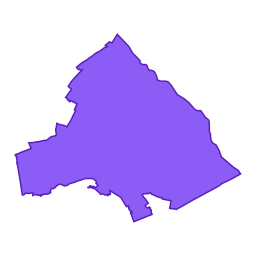 Timisesti, Iasi, Romania
{"feature_id": "2599482B14800869751050", "entity_name": "Timisesti", "entity_type": "district", "adm_level": 2, "iso_a3": "ROU", "parent_name": "Romania", "parent_adm1": "Iasi", "projection": "orthographic", "projection_center": [26.494, 47.231], "detail": "fine", "context": "isolated", "style": "filled", "palette": "violet", "viewbox_px": 256, "rotation_deg": 0, "n_neighbors": 0, "source": "geoboundaries", "source_scale": "gbopen_adm2", "svg_char_len": 5579}
<svg xmlns="http://www.w3.org/2000/svg" viewBox="0 0 256 256"><path d="M240.6,173.9L238.0,170.2L234.1,167.7L231.5,165.6L221.3,156.8L219.0,150.2L216.0,144.9L213.3,143.4L211.7,141.6L210.8,139.2L210.4,134.2L209.4,131.3L209.2,122.1L208.9,120.7L208.2,119.5L205.3,117.3L200.8,110.7L197.7,110.7L197.0,110.6L194.5,109.1L188.8,102.5L184.2,98.8L177.3,94.6L170.8,84.7L167.8,81.6L164.3,81.1L160.8,81.2L157.5,80.0L156.8,76.8L155.0,72.9L153.7,71.1L150.6,70.2L148.7,69.9L147.9,68.4L147.2,66.0L146.0,64.6L142.3,64.5L140.0,62.7L140.0,60.7L135.2,55.6L132.9,53.5L128.9,46.6L117.3,34.3L112.1,42.8L110.0,42.1L109.6,41.9L109.4,41.8L105.5,45.2L105.3,45.4L106.5,46.2L107.1,46.8L106.7,46.8L106.3,46.9L105.1,47.3L104.6,47.5L102.9,48.8L102.3,49.4L101.9,49.6L100.2,50.8L99.0,51.6L98.8,51.6L98.5,51.7L98.3,51.7L97.9,52.0L95.9,53.1L93.1,55.3L90.7,57.1L89.9,57.5L87.4,59.5L86.9,59.8L86.0,60.3L81.5,63.1L79.4,64.8L78.4,65.7L76.6,67.1L77.0,67.9L77.6,68.9L77.9,69.1L78.3,69.3L78.5,69.6L78.9,69.5L82.1,70.0L81.6,70.7L80.2,71.9L78.7,73.4L77.0,75.3L75.7,76.6L74.9,77.6L73.4,79.1L71.3,81.6L68.2,86.4L68.7,86.9L71.0,88.8L71.5,89.3L65.8,97.2L65.6,97.5L67.9,99.4L67.7,99.8L67.9,100.2L69.1,101.0L69.6,101.6L69.8,101.3L70.1,101.4L70.4,100.6L70.7,100.7L72.4,101.4L72.8,101.8L77.0,103.7L74.4,109.8L75.8,110.4L73.1,115.5L72.8,116.0L72.5,117.0L72.0,118.0L71.4,119.3L70.6,120.8L69.8,122.1L68.1,124.7L67.2,126.2L67.1,126.4L67.0,126.9L66.3,126.5L65.6,126.1L64.5,125.6L62.9,125.2L62.2,125.1L61.4,124.8L60.6,124.8L58.1,123.9L57.2,123.5L57.0,123.3L56.6,124.5L56.5,125.7L56.3,127.1L55.8,129.1L55.7,130.3L55.8,131.1L56.1,132.4L56.2,133.9L56.3,134.7L56.2,135.0L55.8,135.4L55.2,135.8L54.4,136.0L52.8,136.3L51.2,136.7L46.3,140.5L45.9,140.4L45.3,140.3L44.5,140.4L42.6,140.8L38.2,141.7L37.0,141.8L35.7,142.1L35.2,142.1L34.2,142.3L33.6,142.5L32.7,142.6L31.2,142.6L30.1,142.8L29.3,142.8L29.0,142.8L28.8,142.8L29.4,144.3L31.1,148.4L28.9,149.3L26.7,150.2L20.9,152.4L19.3,153.1L18.9,153.4L17.7,153.8L16.7,154.1L15.4,154.6L15.4,155.5L16.1,155.3L17.3,162.4L16.8,162.5L18.0,167.9L19.5,176.9L20.0,179.7L22.3,195.0L22.7,195.0L23.3,195.0L23.7,194.8L24.1,194.6L24.8,194.1L24.8,193.7L25.0,193.6L25.1,193.4L25.4,193.3L26.0,193.2L26.7,193.3L27.4,193.3L29.2,193.4L29.7,193.4L30.3,193.1L31.1,193.2L32.0,192.8L32.8,192.9L32.9,193.7L32.9,194.5L32.7,195.0L32.8,195.6L33.0,195.6L33.3,195.3L33.5,195.3L33.8,195.0L34.6,194.5L34.9,194.7L35.1,194.6L35.4,194.5L35.6,194.4L36.0,194.4L36.7,194.6L36.9,194.8L37.1,195.1L37.3,195.2L37.8,195.0L38.5,195.3L39.2,195.1L39.7,195.2L40.1,195.3L40.3,196.0L40.5,196.2L40.9,195.9L41.0,195.7L41.2,195.3L41.3,195.6L41.9,195.3L42.2,194.9L42.3,194.6L42.5,194.6L43.0,194.8L43.4,194.4L43.4,194.2L43.7,194.0L44.7,194.3L44.8,194.2L45.3,194.0L46.3,194.2L46.6,194.3L47.1,194.2L47.5,193.9L47.8,193.9L47.9,194.0L48.1,194.0L48.4,193.6L48.7,193.6L48.9,193.6L49.1,193.5L49.3,193.5L49.5,193.5L50.0,193.2L50.7,192.4L50.7,192.2L50.4,192.3L50.1,192.0L50.1,191.8L50.7,189.9L51.3,189.0L51.5,188.8L52.0,188.6L53.0,188.6L53.5,188.6L54.3,188.0L55.0,187.6L55.4,187.4L55.5,187.0L55.7,186.7L56.5,186.2L56.6,185.9L56.7,185.7L57.3,185.3L58.5,184.8L59.4,184.1L59.7,184.0L60.1,184.1L64.9,186.0L65.2,185.8L65.9,185.6L66.3,185.6L67.7,185.1L68.1,184.9L68.2,184.6L68.8,184.1L70.5,183.4L71.0,183.2L71.4,183.2L71.8,183.0L72.1,183.0L72.5,182.9L73.0,182.7L75.1,182.1L75.4,182.0L75.5,181.9L76.4,181.6L77.0,181.2L77.7,180.8L78.6,180.6L78.8,180.6L79.2,180.6L79.9,180.4L82.5,179.5L84.8,178.6L85.4,178.5L86.0,178.6L87.7,178.6L88.2,178.5L89.2,178.5L92.8,178.6L93.8,179.2L95.3,180.6L96.1,181.2L96.5,181.6L96.4,182.4L96.0,182.8L95.9,183.2L96.8,184.0L97.9,185.1L97.8,185.4L97.4,185.7L96.5,187.1L94.2,187.3L94.0,187.2L94.0,186.8L93.9,186.5L93.7,186.5L93.3,186.5L92.9,186.4L92.7,186.4L91.9,186.4L91.6,186.4L91.4,186.4L91.2,186.2L90.9,186.1L90.4,186.0L90.3,185.8L90.1,185.7L89.9,185.7L89.8,185.9L89.7,186.4L89.6,186.7L89.4,186.9L88.8,187.1L87.9,187.3L88.0,187.7L88.3,187.8L89.3,187.6L90.9,187.5L91.4,187.6L92.3,188.0L94.8,188.9L95.4,189.2L97.4,191.1L99.9,193.2L100.0,193.5L100.2,194.0L100.4,194.3L102.9,194.0L103.6,194.0L103.9,194.1L104.1,194.5L104.4,194.9L104.7,194.9L105.6,194.9L106.7,195.1L107.1,195.2L107.5,195.5L107.7,195.4L107.9,195.5L108.1,195.1L108.0,194.8L108.2,194.5L108.1,194.3L108.3,194.1L108.6,194.3L109.1,194.8L109.3,194.8L110.2,194.2L110.4,194.2L110.5,193.9L109.8,191.9L109.6,191.0L109.6,190.5L116.2,194.5L117.9,195.5L120.3,197.0L120.7,197.3L121.3,198.1L121.8,199.0L126.4,206.6L128.3,205.8L128.8,206.6L128.2,206.9L129.3,208.8L128.9,209.0L130.6,211.7L131.5,211.3L132.1,212.7L130.6,213.3L131.0,213.9L131.4,214.8L132.1,216.7L133.9,221.7L135.5,221.0L140.3,219.1L144.1,217.6L148.9,215.6L152.0,214.5L152.1,214.4L151.7,213.3L151.4,212.9L151.2,212.5L151.3,212.0L151.3,211.4L151.3,210.2L151.2,209.9L150.5,209.5L150.4,209.2L150.3,208.6L150.4,208.0L149.4,207.2L149.3,207.5L149.2,207.5L148.9,207.5L148.1,207.9L147.3,207.6L146.3,207.1L145.6,206.4L145.4,205.9L145.3,205.7L145.5,205.2L145.8,204.8L146.5,204.6L146.8,204.3L147.2,204.0L148.3,203.2L145.7,199.4L144.1,197.7L143.3,196.6L142.7,196.1L142.5,195.6L142.4,195.3L142.5,195.2L142.7,194.5L142.9,194.3L143.3,194.0L143.5,193.9L144.2,193.9L144.8,193.8L145.5,193.7L146.4,193.5L147.2,193.7L147.8,193.7L148.3,193.7L148.8,193.4L149.4,193.1L149.8,192.8L150.1,192.6L150.5,192.4L151.4,194.1L153.0,194.7L157.6,196.8L158.9,197.3L162.5,198.0L162.3,199.0L171.0,200.8L169.7,208.4L176.1,209.2L176.3,209.2L176.4,209.4L195.3,198.7L200.3,196.1L201.7,195.3L217.6,186.7L218.5,186.1L220.1,185.1L221.2,184.2L221.2,183.9L221.4,183.8L224.5,182.3L225.6,181.8L228.2,180.6L232.6,178.4L240.6,173.9Z" fill="#8b5cf6" stroke="#5b21b6" stroke-width="1.5"/></svg>